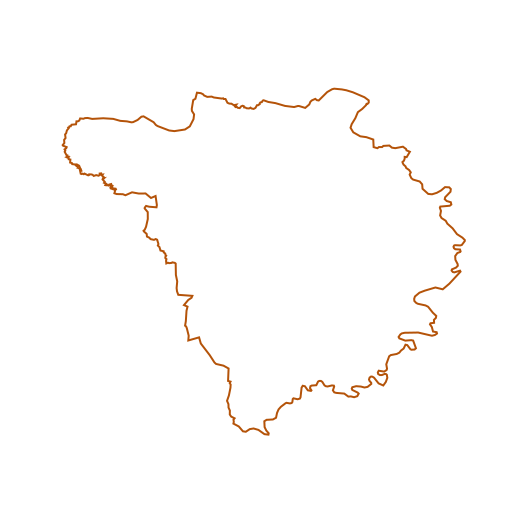 the district of Tham Phannara, Nakhon Si Thammarat, Thailand, rotated 277°
{"feature_id": "78962969B12652914635488", "entity_name": "Tham Phannara", "entity_type": "district", "adm_level": 2, "iso_a3": "THA", "parent_name": "Thailand", "parent_adm1": "Nakhon Si Thammarat", "projection": "natural_earth1", "projection_center": [99.386, 8.47], "detail": "fine", "context": "isolated", "style": "outline", "palette": "amber", "viewbox_px": 512, "rotation_deg": 277, "n_neighbors": 0, "source": "geoboundaries", "source_scale": "gbopen_adm2", "svg_char_len": 6057}
<svg xmlns="http://www.w3.org/2000/svg" viewBox="0 0 512 512"><g transform="rotate(277 256 256)"><path d="M353.4,51.7L349.9,52.6L347.9,51.4L344.8,52.0L342.5,50.6L342.0,51.0L341.0,54.8L339.8,54.5L338.5,53.0L337.3,53.9L336.1,53.4L332.9,55.7L332.9,56.3L332.1,56.2L331.9,57.3L331.0,55.9L330.5,57.4L331.0,58.0L329.2,58.3L329.1,60.0L326.1,60.1L325.7,62.1L324.8,62.4L324.8,65.0L323.8,66.4L325.0,66.4L325.1,67.0L324.6,67.9L323.5,68.2L324.3,68.9L324.0,69.5L322.2,70.5L321.6,69.4L321.2,71.3L319.3,72.3L319.1,71.9L320.0,70.7L316.3,72.0L316.1,73.0L316.6,73.8L316.2,75.1L316.9,75.7L315.6,79.6L315.9,80.3L316.7,80.4L316.9,82.5L316.7,83.9L315.7,85.2L316.8,87.5L316.5,90.0L317.4,91.0L318.8,90.8L319.1,92.2L317.9,92.4L318.2,93.9L317.1,93.3L315.5,95.6L314.4,94.5L314.0,94.6L314.3,95.4L313.2,94.5L311.1,96.9L310.1,96.3L309.5,98.4L308.0,97.8L307.9,98.8L308.5,99.6L307.9,100.7L308.8,101.4L308.1,102.8L309.4,102.5L309.7,103.3L309.0,103.3L308.6,104.3L307.8,104.0L307.8,104.8L307.2,104.4L306.7,104.8L306.2,103.2L305.4,103.5L304.7,106.7L305.7,106.8L305.7,108.5L305.1,108.9L304.5,108.3L301.0,107.8L300.5,110.2L301.1,116.3L300.4,119.0L304.1,125.2L303.7,132.1L304.6,138.8L300.8,144.7L303.3,149.0L294.5,151.4L292.2,151.3L291.9,143.9L292.3,140.8L290.5,139.7L289.6,139.7L286.4,143.2L279.5,144.1L271.6,143.3L268.4,142.3L267.4,141.3L266.8,141.6L264.6,144.8L262.0,145.4L261.2,147.8L259.9,149.3L259.6,152.8L260.6,154.4L260.1,155.9L256.0,157.7L254.4,157.3L253.1,159.1L249.8,160.5L249.4,163.8L248.3,164.0L247.4,165.6L245.8,166.1L245.4,166.8L243.8,166.1L242.7,166.4L242.0,167.5L240.3,167.3L237.7,167.9L238.6,169.4L238.3,170.6L238.9,173.2L239.5,173.7L239.3,176.3L238.7,177.2L227.4,178.8L221.2,180.9L214.5,181.1L211.3,181.9L208.0,183.6L208.7,197.7L206.7,197.1L204.1,194.1L198.5,190.5L197.4,194.2L193.2,193.7L182.7,194.3L178.2,194.1L177.6,195.2L176.0,196.1L168.7,198.9L163.9,199.1L168.3,209.4L162.4,211.9L152.0,222.1L145.3,227.7L144.0,229.5L143.2,237.1L141.0,242.5L128.6,243.5L128.2,246.0L126.6,245.4L125.3,246.5L122.1,246.7L114.3,246.1L108.7,244.9L105.6,246.7L102.2,247.2L99.4,248.9L95.5,249.3L93.6,250.9L92.3,254.5L90.8,253.6L88.6,254.2L86.9,254.0L84.7,259.7L80.4,264.4L80.3,267.3L83.4,270.9L84.5,274.6L83.7,279.6L80.2,286.1L80.2,290.1L81.6,290.2L84.0,287.5L87.2,285.4L93.0,284.4L94.7,286.5L95.8,292.7L97.9,295.6L102.8,296.0L106.5,297.1L109.4,299.1L113.4,303.2L114.0,304.1L113.8,307.6L114.4,309.3L115.5,309.9L118.5,309.9L119.3,310.5L118.9,314.8L119.8,316.9L121.2,317.4L130.9,317.3L132.9,318.2L132.7,320.4L129.0,323.8L128.8,327.0L129.4,327.4L131.4,325.7L133.4,325.9L134.2,327.1L135.1,331.6L138.9,332.9L139.7,334.0L139.9,335.7L139.2,337.1L136.0,339.7L135.3,341.0L135.2,342.9L136.8,347.2L136.8,349.1L135.9,349.5L132.0,348.7L130.2,350.3L129.9,352.3L130.2,360.4L127.7,364.8L128.2,367.2L127.8,370.6L129.2,373.6L131.9,374.7L132.8,373.6L134.8,367.9L136.0,367.2L137.5,367.6L139.0,371.3L139.2,376.1L138.7,379.7L139.7,382.7L143.1,386.0L144.2,385.8L145.9,383.9L147.2,383.2L149.2,383.6L150.4,384.9L150.4,386.3L149.6,388.0L144.5,393.2L143.0,398.1L146.8,400.2L151.1,401.2L154.1,400.3L154.7,399.3L154.7,398.2L153.2,395.5L152.9,393.5L153.8,391.6L155.3,391.1L157.1,391.8L156.9,397.3L158.7,399.5L160.1,399.8L164.4,398.5L172.7,400.4L174.1,401.9L175.9,407.6L177.5,410.0L179.9,411.5L182.1,413.8L186.2,415.2L186.0,417.0L182.3,420.6L181.9,421.6L182.5,424.8L183.9,426.0L191.2,422.3L191.4,420.4L190.2,414.5L191.7,408.3L193.0,407.4L195.7,408.8L196.9,410.1L197.9,412.8L199.8,426.3L198.3,440.4L199.4,443.2L201.1,445.1L202.4,444.6L202.6,440.9L206.9,439.2L209.4,437.0L210.5,437.4L211.4,440.9L214.3,440.4L216.5,442.1L218.5,442.2L221.3,438.4L226.6,433.0L227.6,430.3L228.3,422.5L228.9,420.8L230.6,418.7L232.7,418.2L235.2,418.7L239.5,422.7L242.2,427.8L246.6,437.9L245.7,445.4L252.1,451.3L265.4,460.9L266.3,460.3L263.9,454.8L264.1,453.3L265.4,451.9L266.6,452.1L268.9,456.0L270.9,457.5L272.6,457.1L276.5,454.4L280.2,453.7L283.5,455.5L284.9,458.2L285.5,458.5L287.3,457.7L287.0,453.0L287.8,451.6L289.2,450.9L290.5,451.3L291.0,452.2L291.4,457.5L292.0,458.9L296.3,461.4L297.3,461.3L299.4,458.6L302.2,452.8L307.4,447.8L311.4,442.0L314.1,440.0L316.3,435.5L318.7,433.8L323.3,434.1L326.3,432.6L327.5,432.9L329.5,442.2L330.9,443.6L333.1,442.8L333.8,438.6L335.4,436.4L337.4,436.6L343.5,441.2L346.2,441.2L347.7,439.4L347.4,435.2L343.6,431.7L340.7,427.7L338.7,423.2L338.6,419.4L343.0,413.1L347.4,412.2L349.9,409.4L351.0,402.6L352.2,400.7L355.5,398.6L357.9,399.4L360.0,397.5L361.7,394.3L363.2,393.5L364.7,391.3L366.2,390.3L367.1,389.9L368.6,391.2L370.7,391.7L372.5,391.5L372.5,393.5L378.2,396.0L379.2,392.5L380.5,391.9L382.4,388.5L380.0,381.1L380.1,377.7L381.9,374.9L380.8,369.0L379.5,367.9L379.1,364.7L377.8,363.4L378.4,359.5L385.9,358.2L387.4,351.1L387.5,344.9L390.6,337.5L394.8,334.2L398.5,334.9L404.9,337.8L411.2,339.6L414.9,343.5L419.2,346.9L420.0,346.9L420.6,347.4L420.5,348.1L422.0,349.2L424.2,348.9L426.8,344.3L430.3,332.2L431.5,325.5L431.8,320.9L431.6,313.2L430.8,311.2L427.4,306.7L418.0,299.3L418.1,297.4L419.2,295.7L417.2,292.4L415.7,291.2L412.9,290.4L409.0,286.8L410.1,280.5L410.0,279.3L408.5,275.7L408.5,266.5L410.1,256.7L410.4,249.4L411.5,244.6L411.1,243.8L409.4,243.0L409.0,241.7L407.9,241.0L407.2,241.2L405.9,239.7L405.8,238.6L402.9,237.4L401.7,235.7L401.9,233.4L402.6,232.5L401.6,231.1L401.5,228.6L402.1,227.4L402.0,226.1L403.2,225.7L403.5,224.4L402.7,223.0L400.8,221.8L400.9,219.7L401.7,218.8L401.3,217.6L401.9,216.9L403.8,218.0L403.0,215.6L404.2,213.0L404.0,211.0L404.6,209.0L408.1,206.6L407.9,204.8L408.5,204.2L408.1,203.0L408.2,194.8L408.8,192.6L408.0,188.2L409.0,184.9L410.1,183.7L410.9,181.4L410.9,177.5L404.7,176.7L403.1,174.7L394.2,174.3L392.2,174.7L389.0,177.3L384.2,177.3L376.6,174.5L372.9,170.1L370.0,159.8L370.0,154.5L373.0,142.4L373.9,140.6L376.3,138.1L380.9,127.4L380.3,125.3L376.6,121.9L373.9,117.7L373.5,116.1L373.9,111.5L373.6,104.8L374.7,97.6L374.1,87.6L372.1,76.7L372.5,72.1L372.0,69.4L371.2,68.0L371.1,64.7L368.9,64.1L368.0,62.9L367.8,61.4L364.8,61.3L363.8,56.9L362.2,56.3L362.0,55.1L361.2,54.9L360.6,54.0L360.0,54.5L357.6,53.0L354.7,52.6L353.4,51.7Z" fill="none" stroke="#b45309" stroke-width="2"/></g></svg>